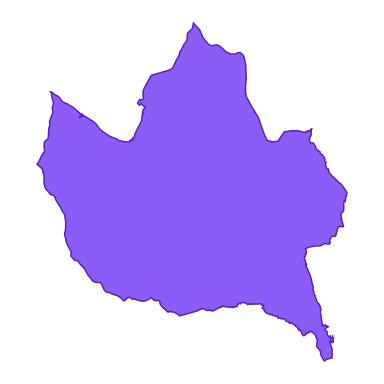 outline of Bello, Antioquia, Colombia
{"feature_id": "7082276B79272217078231", "entity_name": "Bello", "entity_type": "district", "adm_level": 2, "iso_a3": "COL", "parent_name": "Colombia", "parent_adm1": "Antioquia", "projection": "robinson", "projection_center": [-75.562, 6.361], "detail": "fine", "context": "isolated", "style": "filled", "palette": "violet", "viewbox_px": 384, "rotation_deg": 0, "n_neighbors": 0, "source": "geoboundaries", "source_scale": "gbopen_adm2", "svg_char_len": 5990}
<svg xmlns="http://www.w3.org/2000/svg" viewBox="0 0 384 384"><path d="M50.6,91.8L51.4,93.3L51.8,96.9L53.3,102.0L53.4,104.2L52.2,107.7L52.8,111.3L52.8,113.1L50.8,117.8L49.6,121.9L49.8,125.2L48.8,128.1L48.3,137.4L47.8,139.1L45.5,140.7L44.5,141.8L44.3,142.7L44.0,146.6L44.7,150.9L44.6,151.3L41.8,155.4L39.1,161.0L37.1,164.4L41.6,168.3L42.7,169.9L42.9,172.5L43.7,174.2L44.1,176.1L43.9,181.5L44.3,184.6L45.5,188.3L46.5,189.8L47.8,191.1L50.2,194.2L51.2,194.8L53.3,195.3L54.3,195.9L56.2,200.6L60.2,206.8L63.0,212.2L63.9,213.3L64.6,214.8L65.6,221.0L65.7,223.7L65.6,228.9L64.6,233.8L64.6,235.5L65.8,238.0L65.9,240.9L66.8,243.7L71.1,251.9L70.9,255.4L71.0,256.2L75.1,260.6L77.5,260.6L80.5,264.6L84.5,268.6L87.6,274.5L92.8,281.1L95.4,282.3L100.4,282.5L102.0,284.9L104.1,289.7L105.8,291.8L107.7,292.4L110.0,292.6L111.0,293.6L117.4,295.7L121.2,298.1L123.4,300.8L125.0,300.3L127.7,297.8L129.2,297.3L130.0,297.6L132.2,299.1L134.9,299.0L138.0,300.3L142.8,301.3L145.2,300.9L148.7,299.4L150.9,297.7L151.5,297.7L152.5,299.1L154.3,300.4L155.8,300.7L158.3,300.4L159.4,301.0L160.0,302.4L160.1,303.9L160.6,304.8L163.0,307.8L164.8,309.1L167.4,311.9L168.7,312.0L169.5,311.5L174.0,312.2L178.2,314.5L179.7,315.8L196.4,311.2L198.1,310.5L200.3,309.2L201.5,309.1L201.5,308.7L203.7,308.6L205.2,309.4L205.8,310.2L207.7,310.5L208.4,310.2L209.2,310.4L209.8,310.1L210.5,310.4L210.6,310.1L211.4,310.7L212.7,311.1L217.0,308.9L217.3,308.5L217.8,308.5L218.7,307.7L220.1,307.5L221.0,307.0L221.7,307.1L223.1,305.8L224.2,306.4L224.6,306.2L225.0,306.6L227.9,307.1L228.9,306.8L230.4,307.3L231.4,307.2L232.4,306.6L233.2,307.6L234.5,306.8L236.3,306.8L237.0,306.4L237.6,305.0L238.4,303.9L239.3,303.5L240.4,303.8L240.6,303.3L241.5,302.7L242.6,302.8L243.8,302.3L247.7,304.4L248.8,304.0L251.1,304.3L253.2,303.9L254.4,304.3L255.5,303.8L258.0,304.2L259.2,303.6L260.0,303.7L262.1,304.6L262.1,305.0L262.5,305.0L262.4,305.2L263.0,305.2L263.6,305.8L262.2,308.0L264.3,309.5L264.1,310.5L264.4,311.1L266.2,312.9L270.2,314.6L271.8,314.5L272.7,315.4L274.7,315.4L275.3,316.4L277.2,316.3L278.3,318.2L280.0,318.0L280.4,318.5L281.0,318.4L282.1,319.1L284.4,318.6L284.9,319.0L285.1,319.8L286.4,321.4L288.3,321.8L288.6,322.3L289.4,322.6L289.5,323.3L290.1,323.4L290.7,322.6L291.5,322.7L292.1,323.7L294.2,324.6L295.6,325.7L295.8,326.5L297.2,327.1L298.2,329.5L299.2,330.2L299.5,329.5L299.8,329.5L301.0,331.7L301.8,332.5L302.2,334.4L303.0,335.5L303.8,335.7L304.8,335.3L304.8,334.9L305.9,334.2L306.3,333.3L306.6,333.4L308.2,333.0L308.3,332.6L308.9,332.6L309.1,332.3L309.3,331.6L310.4,331.3L311.7,332.1L312.2,332.1L313.0,333.0L314.2,333.5L315.2,334.8L317.3,340.3L316.6,345.6L316.7,346.3L320.0,350.7L320.5,352.0L320.7,354.7L322.3,357.3L323.3,359.7L324.3,360.7L324.9,361.0L325.6,360.0L326.5,359.3L332.0,357.9L332.2,349.8L330.7,345.0L330.1,341.7L329.7,340.9L330.0,340.5L330.6,340.8L330.7,341.2L330.5,341.6L331.4,342.4L332.0,342.0L333.1,342.4L333.4,338.3L333.0,338.1L332.7,336.4L332.3,337.2L331.3,337.9L330.8,338.7L330.2,335.9L328.6,336.9L326.9,333.3L327.3,332.2L326.0,330.5L325.3,330.2L325.1,329.6L324.7,329.5L326.5,327.6L326.7,327.0L327.6,327.3L328.2,326.8L325.5,325.1L324.8,325.3L324.0,325.1L323.1,326.0L322.7,326.0L321.5,320.2L321.0,315.0L320.3,312.5L320.3,311.5L321.0,310.0L320.0,305.9L319.0,303.9L317.7,302.8L316.0,298.8L315.2,296.0L314.1,293.8L313.6,291.0L313.0,290.3L313.2,286.4L311.9,282.6L311.6,280.1L309.8,274.5L307.1,268.1L305.6,265.4L306.7,264.7L306.2,264.1L306.1,263.2L305.4,262.8L305.4,260.7L304.4,258.3L304.5,256.9L305.5,256.0L305.3,255.0L305.8,254.7L305.9,253.6L306.4,252.6L306.1,250.3L305.6,249.6L305.4,248.8L309.0,247.1L315.6,245.9L320.0,245.9L323.7,244.0L325.2,243.7L329.0,244.1L329.4,243.8L330.0,243.2L330.2,242.6L329.8,240.9L330.0,239.6L330.8,237.6L331.9,236.6L333.4,236.2L334.9,236.3L335.6,236.0L337.5,229.1L338.2,227.3L339.5,226.4L343.0,226.8L343.5,226.5L342.3,222.0L341.3,219.8L341.2,219.1L341.7,219.0L341.2,217.2L341.0,214.6L341.5,213.0L342.5,212.5L343.6,210.5L343.8,205.9L343.6,204.5L343.7,203.7L344.1,201.5L345.1,201.5L345.3,201.0L345.2,200.2L345.5,199.7L345.5,198.0L346.2,197.1L346.3,195.7L346.8,194.8L346.9,192.5L343.6,187.4L340.9,183.9L337.9,181.7L337.1,180.4L335.5,179.3L334.1,177.6L332.4,176.4L329.3,172.7L328.7,171.6L328.7,170.2L328.2,168.8L326.8,168.4L325.8,165.8L325.5,163.9L326.1,162.5L324.7,160.9L324.9,158.9L324.1,157.4L322.7,155.2L321.6,154.3L320.4,153.9L319.9,151.8L316.5,149.2L316.0,148.3L314.9,145.4L313.5,143.1L310.7,142.7L309.7,141.6L309.4,140.2L309.8,137.8L311.1,135.2L311.3,129.8L311.7,128.9L311.1,129.0L309.7,130.8L307.7,130.8L306.5,131.9L305.7,131.6L305.1,132.5L298.0,130.7L291.6,130.8L284.3,131.8L280.8,136.8L278.4,141.0L272.8,141.9L267.5,140.6L265.9,137.9L263.5,132.4L258.5,117.9L251.2,105.7L246.7,97.5L245.8,94.6L245.5,91.7L245.5,87.1L245.8,82.5L246.2,79.3L245.8,65.5L244.3,58.0L243.1,55.1L239.9,52.4L237.5,52.8L235.7,54.0L231.3,54.0L228.8,53.3L225.8,51.7L220.6,46.8L218.3,45.2L216.7,44.9L214.5,45.1L212.7,45.7L210.2,45.5L208.0,43.8L205.6,41.0L202.6,36.8L199.5,29.6L193.4,23.0L192.5,27.8L191.8,29.1L188.0,32.6L187.4,33.5L187.1,39.2L186.3,41.6L183.4,45.3L181.5,49.8L180.0,51.5L178.9,55.7L176.4,59.9L173.0,67.4L171.9,68.6L170.8,69.3L167.9,70.5L151.7,75.2L150.7,76.4L146.8,83.3L143.6,89.5L143.1,91.3L143.0,96.3L143.5,98.1L143.3,99.2L142.3,99.6L141.4,99.6L141.0,100.0L140.3,100.0L139.7,99.5L137.5,103.1L139.5,105.3L139.9,104.7L141.3,103.7L143.6,106.2L145.0,106.7L144.8,107.6L143.1,110.1L142.7,111.4L142.4,113.4L143.3,113.3L141.9,116.5L141.9,118.8L141.4,121.0L139.7,124.9L138.6,126.5L136.6,130.4L134.9,134.3L134.4,136.6L133.5,137.8L132.7,137.9L132.3,139.1L132.8,140.0L131.1,139.9L131.2,140.6L130.6,140.9L130.2,140.6L129.9,141.5L129.7,141.4L129.7,141.8L125.0,141.9L118.2,140.3L116.8,139.0L109.6,136.2L102.5,131.4L99.6,128.9L96.2,124.1L93.3,121.5L83.5,115.5L82.2,116.6L81.6,116.2L79.9,117.7L79.5,117.6L79.4,117.4L82.6,114.8L81.2,113.6L80.1,114.0L79.4,113.0L79.5,112.8L73.0,107.2L69.9,105.6L67.6,104.0L65.6,103.4L62.2,101.5L58.7,96.7L54.4,94.3L51.3,91.9L50.6,91.8Z" fill="#8b5cf6" stroke="#5b21b6" stroke-width="1.5"/></svg>